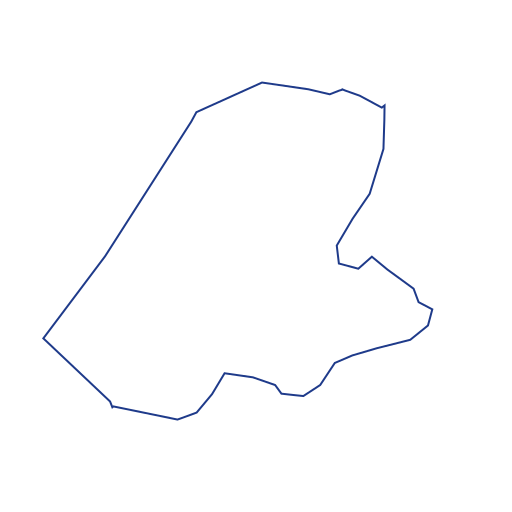 outline of Hjo, Västra Götaland, Sweden, rotated 195°
{"feature_id": "70781695B53745153341539", "entity_name": "Hjo", "entity_type": "district", "adm_level": 2, "iso_a3": "SWE", "parent_name": "Sweden", "parent_adm1": "Västra Götaland", "projection": "mercator", "projection_center": [14.228, 58.294], "detail": "fine", "context": "isolated", "style": "outline", "palette": "blue", "viewbox_px": 512, "rotation_deg": 195, "n_neighbors": 0, "source": "geoboundaries", "source_scale": "gbopen_adm2", "svg_char_len": 731}
<svg xmlns="http://www.w3.org/2000/svg" viewBox="0 0 512 512"><g transform="rotate(195 256 256)"><path d="M294.3,425.2L295.1,425.1L350.8,379.5L353.3,369.1L401.7,216.7L440.1,121.4L359.3,77.7L355.6,72.7L354.8,73.8L289.5,77.7L286.3,79.9L272.8,89.4L262.7,111.2L256.0,134.6L227.6,138.0L204.1,136.3L195.8,129.6L183.3,131.5L174.0,133.0L160.6,148.0L152.2,173.1L137.2,184.9L115.4,198.2L85.3,215.0L71.9,233.4L71.9,250.1L87.0,253.5L95.3,265.2L125.5,276.9L143.9,285.3L153.9,270.2L174.0,270.2L180.7,287.0L172.3,317.1L162.3,345.5L160.6,392.4L167.3,420.9L170.8,434.7L172.9,431.9L197.4,437.7L212.6,438.9L215.0,439.2L215.6,439.3L215.6,439.0L218.3,437.4L226.6,431.3L248.5,430.6L294.3,425.2Z" fill="none" stroke="#1e3a8a" stroke-width="2"/></g></svg>